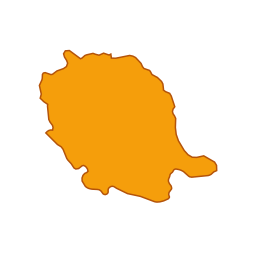 outline of Tarn, rotated 16°
{"feature_id": "FRA-5346", "entity_name": "Tarn", "entity_type": "Metropolitan department", "adm_level": 1, "iso_a3": "FRA", "parent_name": "France", "parent_adm1": "", "projection": "robinson", "projection_center": [2.231, 43.789], "detail": "fine", "context": "isolated", "style": "filled", "palette": "amber", "viewbox_px": 256, "rotation_deg": 16, "n_neighbors": 0, "source": "natural_earth", "source_scale": "10m", "svg_char_len": 2044}
<svg xmlns="http://www.w3.org/2000/svg" viewBox="0 0 256 256"><g transform="rotate(16 128 128)"><path d="M89.7,63.1L91.1,61.7L92.8,65.4L97.0,64.3L109.6,57.8L112.9,57.6L115.9,58.2L122.7,62.3L125.0,65.0L126.9,66.4L132.6,66.7L133.7,67.3L136.3,70.0L142.5,71.4L147.4,74.0L149.4,76.1L151.4,80.9L151.5,81.7L154.0,82.7L158.5,83.2L160.8,85.4L167.1,94.7L166.1,97.5L166.2,99.9L167.3,101.8L169.4,103.6L171.2,105.7L173.4,114.5L176.1,120.9L180.0,126.4L188.3,134.2L193.1,137.2L197.8,138.4L202.2,137.3L208.5,133.9L220.6,136.9L223.4,139.5L225.0,144.5L222.6,146.5L220.6,149.7L219.4,150.8L218.2,151.6L202.8,157.7L200.7,157.9L199.4,157.5L193.4,154.6L192.2,154.3L190.5,154.0L188.6,153.9L185.3,154.2L184.0,155.0L183.4,156.1L183.2,157.2L182.9,158.2L181.6,160.2L181.3,161.2L181.4,163.4L181.1,165.7L181.2,166.8L181.5,168.0L182.3,169.1L183.2,170.1L185.4,171.8L186.2,173.0L186.7,174.4L185.6,177.5L185.4,178.0L185.3,178.3L185.2,178.8L185.3,179.8L185.5,180.8L186.1,181.8L186.5,182.3L186.8,182.8L186.9,183.5L186.2,185.0L182.4,188.2L179.0,190.2L176.3,191.2L175.2,191.4L173.7,191.5L158.8,190.3L145.6,191.2L133.6,189.1L130.7,188.2L129.1,188.3L127.8,188.9L126.9,189.8L126.2,190.8L125.9,191.8L125.9,192.9L126.6,195.1L126.5,196.2L125.9,197.3L124.5,198.3L123.3,198.4L122.1,198.1L119.6,196.1L117.5,195.3L115.5,195.5L110.3,196.7L108.4,196.9L106.7,196.9L105.4,196.7L104.1,196.3L103.0,195.8L98.5,191.6L97.6,188.7L97.8,185.9L98.9,183.6L100.6,182.2L101.5,180.6L100.2,178.4L97.9,176.7L95.7,176.2L94.3,177.0L91.7,180.6L89.1,181.8L87.1,181.3L83.3,178.0L78.9,175.3L77.5,174.1L71.5,166.4L69.0,164.5L64.7,163.3L50.4,155.4L51.4,153.5L52.7,152.1L54.3,151.2L56.1,150.8L55.8,148.1L54.7,146.3L51.3,143.7L49.5,141.6L44.6,129.2L44.3,127.4L39.8,125.9L35.4,123.6L35.3,119.3L31.1,111.5L32.0,105.5L31.9,103.9L31.0,100.1L31.5,98.5L33.1,97.6L39.2,97.9L40.6,97.2L44.0,92.7L49.6,88.7L51.9,85.9L52.1,82.3L50.3,79.9L47.4,77.3L45.6,74.4L46.5,71.1L50.3,69.7L63.2,74.5L64.4,73.6L66.6,70.2L68.0,69.1L73.8,65.9L76.4,66.1L80.1,66.0L83.9,62.8L89.7,63.1Z" fill="#f59e0b" stroke="#b45309" stroke-width="1.5"/></g></svg>